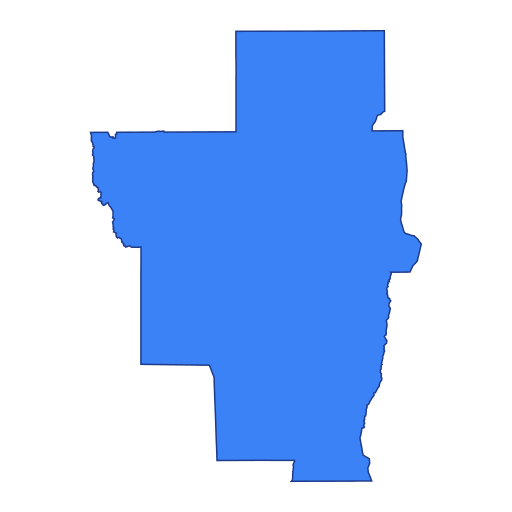 outline of Northern Areas, South Australia, Australia
{"feature_id": "25037944B38569575724277", "entity_name": "Northern Areas", "entity_type": "district", "adm_level": 2, "iso_a3": "AUS", "parent_name": "Australia", "parent_adm1": "South Australia", "projection": "robinson", "projection_center": [138.424, -33.301], "detail": "fine", "context": "isolated", "style": "filled", "palette": "blue", "viewbox_px": 512, "rotation_deg": 0, "n_neighbors": 0, "source": "geoboundaries", "source_scale": "gbopen_adm2", "svg_char_len": 5679}
<svg xmlns="http://www.w3.org/2000/svg" viewBox="0 0 512 512"><path d="M371.7,481.0L370.1,476.7L368.3,472.2L367.8,468.1L369.7,463.4L369.3,458.7L363.3,455.3L362.6,452.9L361.8,447.9L361.2,445.0L360.1,438.9L360.0,437.4L360.7,435.5L361.5,431.2L361.9,428.0L363.8,427.8L364.4,427.2L363.7,424.9L364.7,423.3L364.0,422.1L364.2,421.1L363.8,420.8L364.7,419.4L364.5,418.7L364.7,416.3L365.7,415.9L366.2,411.7L366.2,409.6L367.2,406.7L366.8,405.1L368.5,404.3L369.5,402.5L369.8,401.5L370.9,399.9L371.9,397.9L373.0,396.7L373.9,395.5L374.1,395.0L373.6,393.7L374.2,392.6L375.3,392.8L377.7,388.1L379.3,386.2L379.3,384.8L380.2,382.1L381.7,379.9L381.8,377.9L381.2,377.1L381.4,373.8L380.5,372.6L380.5,371.3L380.2,370.6L380.4,370.0L381.1,369.2L381.2,367.1L381.1,365.5L382.1,364.4L381.5,363.6L382.8,358.0L382.6,356.9L383.9,353.3L383.8,352.8L383.9,352.5L384.6,351.1L384.5,350.3L384.0,350.0L384.0,348.5L384.3,348.0L383.9,345.7L386.6,343.0L386.5,342.2L386.9,340.8L384.3,336.6L384.9,335.3L386.0,335.0L386.4,333.0L386.2,332.3L386.2,331.1L386.1,330.1L386.9,326.7L386.8,326.0L387.1,325.1L386.9,324.2L386.7,322.2L386.3,321.4L386.2,321.0L386.9,319.6L387.8,318.8L388.7,317.5L388.5,315.4L388.6,314.9L389.4,313.3L389.3,312.8L390.1,309.8L390.3,308.2L389.8,307.5L389.1,306.8L388.8,304.6L389.1,303.8L389.1,303.1L390.6,301.3L390.7,300.7L389.5,299.4L389.6,298.6L388.5,297.9L387.7,297.7L387.8,296.3L387.6,294.9L386.7,294.0L387.4,292.9L387.1,290.6L387.1,289.9L386.7,289.4L386.7,288.1L388.1,286.4L387.6,285.9L387.7,284.5L388.2,283.6L387.9,282.9L388.3,281.6L389.4,281.6L389.0,279.6L389.9,279.2L390.2,278.9L390.1,277.2L391.3,273.5L391.1,272.6L390.8,272.2L407.3,272.1L408.0,272.0L410.0,272.0L412.8,265.8L417.2,261.2L418.0,257.9L421.3,244.0L419.5,241.7L419.2,241.6L418.1,239.5L414.1,235.8L411.9,235.5L410.6,235.2L408.7,234.4L407.1,233.9L405.4,233.4L404.0,231.8L403.1,228.9L403.0,228.5L402.6,226.7L401.9,224.8L400.6,220.3L400.6,220.1L400.7,219.7L400.7,218.3L401.1,216.5L401.3,215.8L401.5,215.0L401.6,211.4L401.5,207.9L401.8,205.9L401.1,201.1L401.6,199.0L401.9,197.3L404.0,188.0L405.4,183.2L406.1,181.7L406.3,181.3L406.3,181.1L407.1,170.6L406.5,162.9L406.4,162.9L405.7,155.0L405.8,154.6L405.9,154.1L405.8,153.7L405.7,153.5L405.5,153.1L404.4,146.8L404.0,144.0L402.8,137.0L402.8,130.7L372.2,130.9L372.2,126.3L373.3,124.0L374.9,122.2L376.2,119.3L377.1,116.0L378.0,115.1L380.8,114.4L383.1,111.9L384.7,111.3L384.3,30.8L384.3,30.7L354.1,30.9L353.9,30.9L321.8,31.1L235.9,31.3L235.9,56.8L236.0,57.7L236.0,59.8L236.1,72.1L236.0,78.7L236.0,131.8L164.2,132.1L163.9,131.1L161.0,131.3L160.8,131.5L159.9,131.5L159.3,131.2L158.9,131.1L158.7,131.2L158.4,131.3L157.1,131.4L154.8,132.0L154.7,132.1L116.7,132.3L116.7,133.8L115.5,134.4L115.5,138.1L113.1,138.1L113.2,137.0L110.0,136.9L107.8,132.3L90.7,132.4L91.2,133.1L90.8,133.9L91.2,134.6L91.5,135.6L91.6,136.5L91.3,137.5L91.5,138.2L91.3,139.1L91.4,139.9L91.2,140.6L92.6,142.8L92.9,144.7L93.5,145.3L93.5,145.7L93.1,146.2L93.8,146.6L94.0,147.0L94.2,147.7L93.8,148.2L93.5,148.4L93.1,149.0L92.9,150.0L92.6,150.7L92.6,151.0L92.7,151.3L92.7,151.7L92.8,152.2L93.0,152.8L93.1,153.1L92.9,153.4L92.8,153.7L92.6,154.1L92.5,154.3L92.6,155.1L92.7,155.3L92.9,155.4L93.3,155.7L93.5,156.1L93.6,156.4L93.7,156.9L93.7,157.3L93.7,157.9L93.7,158.2L93.9,158.7L94.0,158.9L93.9,159.7L93.9,160.2L93.9,160.4L94.0,160.7L93.9,160.9L94.0,161.2L94.0,161.7L94.0,162.0L93.9,162.1L93.7,162.4L93.5,162.9L93.4,163.3L93.3,164.0L93.4,164.5L93.3,165.4L93.3,166.3L93.3,166.5L93.3,167.1L92.9,167.7L92.8,168.0L92.8,168.8L92.9,169.2L93.0,169.3L93.2,169.5L93.3,169.9L93.7,170.7L93.7,170.9L93.8,171.1L93.7,171.4L93.7,171.6L93.2,171.9L93.1,172.2L92.9,172.5L92.7,173.0L92.6,174.1L92.6,174.8L92.7,175.2L92.8,175.7L92.9,176.3L92.7,177.6L92.6,178.0L92.9,178.6L92.9,178.8L92.8,180.3L92.7,181.2L92.8,182.1L93.1,182.7L93.3,183.1L93.6,183.5L94.0,185.4L94.2,185.5L94.8,185.5L95.6,185.4L95.8,185.5L96.0,185.8L96.3,186.8L96.5,186.9L97.9,187.5L97.7,187.7L97.9,187.8L98.0,188.3L98.4,189.8L98.3,190.5L97.9,191.3L98.5,191.6L98.8,192.2L100.4,191.8L100.9,192.1L101.4,192.7L100.8,194.5L101.1,195.6L101.0,196.4L100.7,197.3L101.0,197.7L100.6,198.2L99.9,197.8L99.2,198.2L98.2,199.0L98.0,199.9L98.3,200.3L99.3,200.7L101.3,201.7L101.8,201.6L101.6,202.8L101.6,203.5L102.5,204.0L103.4,205.4L104.9,204.9L105.9,204.2L106.0,203.6L106.6,203.1L107.2,203.1L108.1,202.8L108.7,204.3L108.9,204.9L109.3,205.9L110.5,206.9L111.0,207.9L111.1,208.0L111.6,208.2L111.7,208.3L111.7,209.1L112.3,209.9L112.9,211.0L113.1,213.2L113.0,213.7L113.1,215.8L112.6,217.8L114.2,218.7L114.2,219.4L113.0,221.8L112.6,222.0L112.6,222.7L112.9,223.5L113.3,226.1L113.2,226.5L113.1,226.9L113.1,227.0L113.5,227.4L113.8,227.8L113.5,228.4L113.1,228.8L114.1,230.7L113.6,231.9L114.0,232.0L114.7,232.5L115.8,232.7L116.4,233.1L116.0,234.0L116.0,235.0L116.4,236.8L116.7,237.1L116.9,237.5L117.4,237.8L117.7,238.0L118.5,237.4L118.8,237.3L119.9,238.1L120.0,238.3L120.8,238.5L121.1,238.7L121.5,239.8L121.7,240.8L121.9,242.2L122.6,242.5L123.0,243.0L123.1,243.6L123.7,243.8L123.9,244.0L123.7,244.7L123.7,245.3L124.1,246.0L125.1,246.2L125.7,246.2L126.5,246.6L126.3,246.9L127.8,246.5L129.1,245.8L129.8,245.8L130.5,246.3L130.8,246.8L131.7,247.2L138.2,247.3L139.4,247.2L141.0,246.9L141.0,255.5L141.0,260.3L140.9,276.7L140.9,364.3L209.4,365.2L214.1,377.3L214.2,382.8L215.2,409.4L215.4,414.3L215.9,428.4L216.2,438.9L216.6,447.9L217.0,460.5L266.6,460.3L271.3,460.4L294.5,460.4L294.6,461.6L294.0,462.3L293.9,462.9L293.1,464.4L293.1,465.6L293.6,466.2L293.2,468.9L293.3,470.1L292.7,471.5L293.0,472.6L293.0,473.0L292.6,473.8L292.8,474.7L292.6,475.9L292.7,477.1L292.4,480.0L291.3,481.3L312.5,481.2L315.4,481.2L315.8,481.2L353.6,481.1L357.8,481.0L360.4,481.0L371.7,481.0Z" fill="#3b82f6" stroke="#1e3a8a" stroke-width="1.5"/></svg>